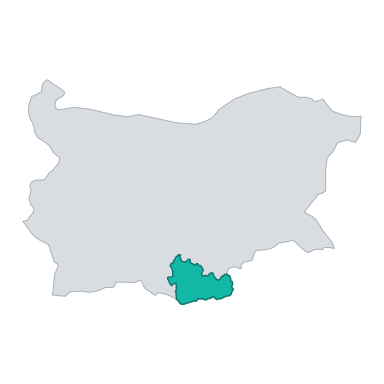 Kardzhali highlighted on a map of Bulgaria
{"feature_id": "BGR-2237", "entity_name": "Kardzhali", "entity_type": "Province", "adm_level": 1, "iso_a3": "BGR", "parent_name": "Bulgaria", "parent_adm1": "", "projection": "orthographic", "projection_center": [25.602, 41.573], "detail": "fine", "context": "in_parent", "style": "filled", "palette": "teal", "viewbox_px": 384, "rotation_deg": 0, "n_neighbors": 0, "source": "natural_earth", "source_scale": "10m", "svg_char_len": 4153}
<svg xmlns="http://www.w3.org/2000/svg" viewBox="0 0 384 384"><path d="M334.2,248.4L326.7,247.3L324.1,247.7L322.5,249.6L319.1,249.3L314.8,249.4L310.4,251.7L307.9,252.6L304.5,250.7L298.3,245.1L294.4,241.1L291.6,240.2L288.9,241.4L278.9,243.0L276.6,245.3L272.0,248.0L267.4,249.3L260.7,250.3L257.2,250.2L255.2,251.5L253.6,255.3L252.6,259.0L251.6,260.5L243.3,262.4L241.4,264.6L241.0,266.7L241.1,268.8L234.5,266.8L229.3,268.2L228.1,269.8L227.1,272.1L227.7,274.5L229.6,276.9L231.4,283.3L232.1,289.7L231.0,293.3L227.2,296.0L219.3,298.9L211.6,297.5L208.2,298.7L202.5,299.0L197.2,299.8L189.1,302.4L181.8,303.9L175.3,298.5L167.6,294.8L159.4,292.6L156.6,294.2L155.3,295.4L148.6,290.6L145.5,288.9L144.1,287.0L141.3,280.7L139.6,280.5L134.0,282.7L128.6,282.6L125.3,282.1L115.7,282.2L114.3,286.5L113.1,287.1L111.0,287.6L105.9,287.3L99.2,290.3L92.1,292.1L86.6,292.0L80.9,291.0L77.5,291.5L70.2,291.7L65.4,296.2L58.1,295.7L52.1,294.8L52.9,293.3L54.6,274.9L57.9,266.7L57.8,265.0L57.2,263.7L54.6,262.3L52.8,257.8L49.2,246.0L47.1,243.5L40.9,240.8L35.5,237.3L31.1,232.6L23.0,221.3L27.3,220.4L28.7,218.2L33.2,212.3L33.8,209.3L33.4,207.6L30.7,204.6L29.0,198.2L30.6,192.3L30.9,189.2L29.6,186.2L31.2,182.4L34.3,180.5L36.2,180.0L44.3,179.8L49.6,172.5L52.8,170.2L56.1,166.0L57.6,164.5L59.1,161.2L59.7,157.8L53.5,152.8L51.5,149.2L48.8,145.1L45.1,142.3L37.6,137.3L34.8,132.5L33.7,126.2L31.9,121.5L29.8,118.4L29.4,115.9L28.6,112.8L28.6,106.8L30.7,98.9L32.0,96.2L34.6,95.5L41.6,91.5L42.1,86.1L43.4,82.8L45.7,80.9L47.7,79.7L51.3,82.9L60.2,88.3L64.5,92.0L64.2,94.3L62.1,96.5L58.0,98.6L55.7,101.4L54.9,105.0L55.4,107.6L58.1,109.9L74.5,107.4L91.0,109.4L113.1,114.8L127.8,116.8L138.8,114.6L158.9,119.0L177.7,123.0L195.8,124.2L205.9,121.2L213.0,117.1L219.1,109.4L234.1,99.2L248.6,93.4L267.6,88.6L280.3,86.8L282.1,88.3L298.5,97.3L305.7,97.2L311.6,98.7L313.8,101.1L315.3,101.7L323.0,99.2L326.6,104.2L332.2,111.1L341.5,114.5L349.7,116.4L352.3,116.6L361.0,116.2L360.3,134.0L355.5,142.5L347.5,140.0L337.6,142.6L332.6,152.2L329.6,155.0L327.0,158.4L325.6,170.7L325.7,190.8L322.0,193.3L318.5,194.1L304.2,212.1L312.8,216.9L316.7,220.6L323.1,231.0L332.3,242.6L334.2,248.4Z" fill="#d9dde1" stroke="#a8b0b8" stroke-width="1"/><path d="M226.7,274.2L227.1,274.9L227.9,275.2L228.7,275.4L229.3,275.7L229.8,276.2L230.1,276.9L230.7,278.8L230.7,279.3L230.6,280.5L230.7,281.0L231.0,281.2L231.9,281.4L232.2,281.7L232.5,282.7L232.6,283.6L232.5,284.4L232.3,285.3L231.7,286.0L231.6,286.5L232.2,287.8L232.4,288.1L233.2,288.9L233.3,289.3L233.2,289.9L233.0,290.1L232.6,290.2L232.3,290.7L231.7,292.5L230.9,294.4L230.2,295.4L229.9,295.6L229.5,295.5L224.7,296.6L224.0,297.0L222.5,298.0L221.3,298.6L220.7,298.7L219.9,298.6L219.1,298.6L217.8,299.3L217.0,299.5L215.9,299.0L214.3,297.2L213.0,296.7L212.4,296.9L210.4,298.4L208.4,298.5L207.8,298.7L207.1,299.2L206.7,299.6L206.4,299.9L205.7,300.0L205.2,299.8L204.0,299.2L203.5,299.0L198.6,298.6L197.8,298.9L197.4,299.6L197.0,300.4L196.5,301.0L196.0,301.2L195.6,301.2L195.1,301.0L194.5,301.0L193.1,301.2L183.8,304.2L182.5,304.3L181.2,304.1L180.1,303.5L177.7,300.2L176.7,299.3L176.5,299.2L176.5,298.4L176.1,294.9L176.2,294.2L176.5,293.5L175.9,292.6L175.4,291.7L176.2,290.0L176.4,288.2L176.1,287.5L176.5,286.6L175.9,283.2L172.9,284.0L171.9,285.5L170.6,284.8L169.5,282.7L168.7,280.5L167.7,279.1L167.7,277.5L168.9,277.0L170.1,277.3L171.7,276.9L173.0,275.9L173.3,275.3L172.8,274.6L172.7,272.9L173.1,271.4L172.4,270.7L171.8,268.2L170.8,266.8L170.2,265.5L170.9,264.1L171.9,263.0L173.2,263.2L173.5,262.0L173.8,260.4L175.0,259.4L175.5,257.8L176.4,256.6L177.2,256.3L177.7,255.5L179.0,254.7L180.5,255.0L179.8,256.9L181.8,261.4L184.7,262.0L186.4,261.4L187.7,259.9L188.6,259.3L189.7,259.3L190.3,260.4L190.2,261.9L190.7,262.9L192.9,263.9L194.1,265.0L195.3,264.9L196.3,263.8L197.5,263.7L198.5,265.0L199.5,265.6L200.5,265.6L201.1,266.2L201.7,267.1L203.2,270.1L201.9,273.0L201.6,275.1L203.4,276.1L204.5,275.8L205.7,275.3L206.7,275.8L207.6,276.0L208.7,275.2L209.4,273.7L211.4,272.8L213.3,273.5L213.5,275.0L213.9,276.4L216.4,279.2L218.8,280.3L221.0,278.1L221.4,276.6L222.3,276.1L223.4,276.1L224.0,274.9L226.3,274.0L226.7,274.2L226.7,274.2Z" fill="#14b8a6" stroke="#0f766e" stroke-width="1.5"/></svg>